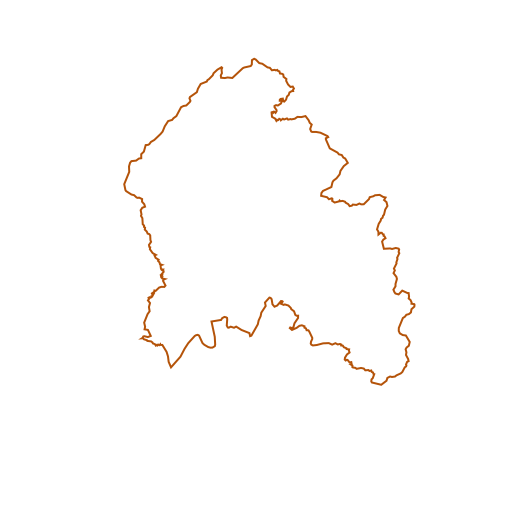 Doi Tao, Chiang Mai, Thailand (Robinson projection), rotated 237°
{"feature_id": "78962969B78761446480435", "entity_name": "Doi Tao", "entity_type": "district", "adm_level": 2, "iso_a3": "THA", "parent_name": "Thailand", "parent_adm1": "Chiang Mai", "projection": "robinson", "projection_center": [98.654, 17.929], "detail": "fine", "context": "isolated", "style": "outline", "palette": "amber", "viewbox_px": 512, "rotation_deg": 237, "n_neighbors": 0, "source": "geoboundaries", "source_scale": "gbopen_adm2", "svg_char_len": 6134}
<svg xmlns="http://www.w3.org/2000/svg" viewBox="0 0 512 512"><g transform="rotate(237 256 256)"><path d="M357.8,189.8L358.4,186.9L357.2,184.2L353.2,182.6L352.3,181.4L349.6,181.3L344.3,178.3L342.5,178.7L341.4,177.9L340.2,178.4L338.7,177.1L336.0,177.7L333.8,177.3L332.5,178.4L330.9,178.5L326.8,176.1L325.0,175.7L323.6,172.3L321.7,171.5L320.9,172.0L319.5,170.7L314.7,170.9L311.5,172.6L311.7,171.2L309.1,170.8L305.9,172.3L305.3,171.2L303.2,171.6L301.5,171.0L299.8,172.3L300.1,170.8L297.4,169.5L296.4,169.3L295.3,170.7L294.9,169.7L293.8,170.3L293.0,169.9L292.0,166.4L291.1,167.0L290.8,166.3L291.4,165.6L290.1,165.1L289.5,165.7L289.3,165.0L288.1,165.2L286.3,167.0L286.5,165.7L285.8,164.5L280.5,164.0L280.0,162.3L281.6,160.0L282.3,157.6L281.4,152.8L282.4,152.0L281.4,151.0L281.3,148.3L280.6,148.2L280.0,149.5L278.9,147.4L279.1,146.5L278.5,146.5L278.4,144.9L279.4,144.3L279.5,143.1L278.2,142.8L277.6,141.2L274.3,141.5L271.5,138.4L267.6,136.7L266.3,133.4L261.0,125.9L257.1,124.5L255.2,122.6L252.9,125.1L246.3,124.2L246.9,121.2L249.6,118.6L249.9,117.6L249.1,116.5L249.1,115.5L248.6,116.4L247.3,116.6L244.7,118.7L244.0,118.6L241.5,121.5L239.9,122.1L238.9,121.9L237.1,123.2L235.4,123.2L235.5,124.6L234.6,124.7L234.8,125.9L233.8,126.5L234.0,127.4L233.6,127.2L232.4,129.0L224.3,128.8L219.7,127.5L214.8,125.1L208.9,124.1L212.7,137.8L217.1,145.6L219.8,151.7L222.3,161.1L222.2,162.7L221.6,164.2L220.3,164.9L212.1,163.7L209.7,164.3L205.7,166.3L203.9,167.9L202.9,169.6L202.8,172.3L203.9,173.5L210.7,177.4L225.3,183.0L221.4,191.9L222.3,193.8L222.1,196.3L220.9,197.5L219.9,198.0L218.6,197.4L213.6,193.6L211.4,193.4L210.7,194.1L210.5,196.3L207.8,198.5L207.6,200.9L201.8,203.6L194.9,208.5L192.0,207.4L191.7,208.7L197.7,220.3L200.5,223.1L203.0,227.1L205.6,229.6L208.8,236.9L212.1,238.2L213.8,244.6L212.9,245.4L211.3,245.6L206.5,243.5L203.4,243.9L202.9,246.8L204.6,252.5L203.7,253.5L203.2,253.5L202.4,250.9L199.9,252.6L199.7,253.8L196.8,256.2L193.5,256.9L192.3,256.6L188.9,257.8L185.2,256.9L183.8,257.5L183.0,258.8L181.1,257.5L178.6,251.6L175.9,248.6L175.9,246.9L177.4,245.8L177.1,245.1L174.4,245.9L173.6,250.9L173.8,254.4L172.9,256.7L170.6,258.4L169.6,257.6L168.0,258.5L166.2,258.0L165.1,259.5L163.4,259.5L156.7,258.6L155.7,257.9L154.2,255.5L152.7,254.2L151.5,254.1L150.0,255.0L148.2,258.6L146.2,264.7L143.3,269.6L140.2,271.6L139.6,275.1L137.3,276.4L136.5,278.5L135.3,279.3L134.6,278.7L133.5,280.0L131.6,280.0L129.4,281.6L128.6,281.3L127.0,283.2L126.4,282.5L124.1,281.9L123.9,278.7L122.3,275.3L120.8,274.0L119.5,274.3L119.5,275.7L118.9,276.2L115.8,276.5L115.1,278.1L113.1,277.3L113.4,276.4L111.6,277.2L110.3,276.3L109.7,276.6L108.0,278.5L106.6,278.9L104.9,283.1L102.9,285.1L100.6,285.4L99.1,288.2L97.8,288.5L97.2,290.3L95.8,289.9L94.6,290.7L93.1,290.3L92.5,290.8L89.9,287.3L89.6,285.7L88.1,284.4L86.8,284.3L79.8,290.9L80.3,297.5L82.2,299.8L81.9,302.8L80.5,304.1L79.2,306.9L79.4,308.8L78.7,313.4L79.0,315.5L81.6,320.1L81.7,321.8L82.4,322.6L83.3,322.7L84.9,325.1L84.7,326.7L86.8,327.5L91.3,327.9L93.3,329.7L96.3,330.7L97.2,332.4L97.5,335.3L100.2,338.1L107.7,338.4L109.8,336.0L112.8,334.5L115.4,334.9L117.9,336.6L124.0,345.4L124.0,347.8L124.8,350.1L124.0,352.6L124.3,355.2L126.7,357.4L127.3,361.2L128.8,362.4L129.4,362.5L131.3,360.4L132.3,361.2L134.9,361.6L137.2,360.9L138.5,362.2L141.8,363.8L142.5,362.8L147.3,359.8L146.1,354.7L148.6,352.5L150.1,352.4L152.9,352.9L154.6,356.5L156.6,357.8L160.0,361.7L162.1,362.4L166.7,362.0L168.3,364.6L170.3,364.8L173.2,369.8L174.2,370.2L176.4,373.0L177.6,373.3L180.3,377.7L181.7,377.8L183.5,379.6L184.5,379.6L186.6,377.6L187.8,373.9L189.3,372.6L192.4,367.2L199.4,369.6L200.4,371.7L200.4,374.3L202.5,374.5L203.4,374.0L204.5,374.8L205.1,374.2L207.0,374.1L207.6,373.2L207.3,370.4L209.7,371.9L212.4,372.0L216.2,376.5L217.7,379.8L219.0,381.1L219.2,383.0L220.6,384.5L220.9,385.8L224.6,389.7L226.4,393.5L230.1,394.8L233.2,393.9L234.5,396.5L236.3,394.8L239.9,393.0L242.1,388.9L242.2,386.9L243.4,383.4L242.2,381.8L240.7,374.5L242.1,372.3L243.7,371.3L244.1,368.1L246.4,365.2L246.0,363.8L246.8,361.7L249.3,361.6L251.9,360.2L252.9,360.3L255.0,358.7L256.1,356.4L257.0,356.3L256.6,355.3L258.0,351.1L260.8,349.9L262.3,351.2L263.1,351.0L263.9,348.1L266.6,347.6L271.0,343.4L273.2,345.2L274.1,347.6L272.8,356.8L276.2,360.3L277.0,362.0L277.3,365.8L278.9,370.6L281.4,373.2L283.6,378.6L284.1,383.7L289.2,383.9L290.9,382.9L294.0,382.9L296.1,380.9L298.3,380.7L306.1,376.5L315.7,378.1L316.7,378.7L316.4,381.3L317.6,381.3L324.3,377.2L327.2,374.1L329.5,370.6L330.4,370.1L333.0,370.6L335.9,374.3L338.4,373.6L341.2,374.1L346.4,373.7L347.8,369.7L350.1,366.5L350.0,363.3L351.3,360.1L352.0,359.6L352.9,357.2L354.5,356.9L355.2,353.9L356.5,353.3L356.3,350.9L356.9,351.1L358.4,350.2L357.9,348.7L358.1,347.8L358.7,347.7L358.3,346.7L360.8,346.9L364.0,345.2L368.0,347.3L367.9,348.0L366.8,348.4L367.4,349.5L367.1,349.9L365.4,350.3L366.3,352.2L367.2,352.7L370.8,352.6L371.8,353.3L371.6,355.0L370.3,356.3L370.3,360.0L372.1,362.4L373.3,360.5L374.1,361.1L374.3,362.2L373.4,364.2L371.0,363.1L370.1,363.8L370.8,366.4L372.9,368.9L373.3,371.2L374.9,373.1L374.8,375.8L374.1,377.0L375.1,377.4L375.8,379.0L378.1,379.1L379.0,377.0L382.4,376.3L386.5,376.7L387.9,377.9L391.2,376.7L393.4,377.7L394.6,377.1L396.0,375.5L398.1,376.2L399.1,375.3L400.5,375.2L400.8,373.8L401.9,373.1L403.1,370.5L406.3,370.1L407.9,368.4L413.8,366.0L416.0,363.8L420.9,362.8L422.4,361.9L422.5,359.3L418.9,356.8L418.2,355.0L420.5,348.8L420.7,347.2L418.2,333.1L421.2,329.4L422.2,326.8L424.5,323.8L426.6,324.8L427.9,327.0L431.1,328.6L432.2,330.1L433.1,329.9L433.3,325.2L432.4,320.0L431.1,318.1L429.9,312.6L430.0,311.2L429.1,309.7L430.4,303.3L427.9,298.4L425.6,295.6L425.3,287.2L424.5,286.1L421.8,285.5L421.2,284.4L420.2,279.5L421.3,276.9L421.6,274.2L416.7,265.4L416.5,261.8L415.8,259.8L417.0,255.8L414.5,250.2L411.2,245.4L410.3,242.4L408.7,233.9L408.9,230.0L407.9,227.4L408.0,226.0L409.1,223.9L404.6,218.8L403.9,215.2L400.5,213.0L401.5,210.9L401.3,207.4L403.4,203.2L402.8,201.2L400.3,198.3L395.6,195.5L388.0,184.6L382.4,182.4L381.2,182.4L375.4,185.0L373.4,186.9L370.1,187.7L369.0,188.6L368.7,189.7L365.8,191.5L363.6,190.0L360.3,190.5L357.8,189.8Z" fill="none" stroke="#b45309" stroke-width="2"/></g></svg>